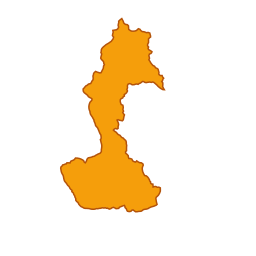 outline of Santa Bárbara, Minas Gerais, Brazil, rotated 303°
{"feature_id": "56859067B69434918593037", "entity_name": "Santa Bárbara", "entity_type": "district", "adm_level": 2, "iso_a3": "BRA", "parent_name": "Brazil", "parent_adm1": "Minas Gerais", "projection": "mercator", "projection_center": [-43.456, -20.054], "detail": "fine", "context": "isolated", "style": "filled", "palette": "amber", "viewbox_px": 256, "rotation_deg": 303, "n_neighbors": 0, "source": "geoboundaries", "source_scale": "gbopen_adm2", "svg_char_len": 5118}
<svg xmlns="http://www.w3.org/2000/svg" viewBox="0 0 256 256"><g transform="rotate(303 128 128)"><path d="M190.6,128.0L189.7,126.7L189.6,125.5L190.0,124.4L191.5,123.7L192.7,122.3L193.7,121.2L193.8,119.9L193.5,118.3L194.3,116.6L194.0,115.0L194.4,113.4L195.0,111.7L196.0,109.8L196.6,108.3L197.9,108.2L198.8,107.5L200.0,106.1L201.7,105.7L202.9,106.6L204.1,106.8L205.1,106.5L205.1,104.8L205.0,102.5L205.9,101.3L207.1,101.2L207.6,99.6L209.1,98.8L210.8,98.7L212.5,97.6L213.8,96.7L215.4,96.9L216.6,97.4L217.6,96.7L218.5,95.6L219.5,94.6L219.1,92.8L218.0,91.6L217.8,90.4L217.4,88.9L216.6,87.4L216.7,85.7L217.3,84.2L216.9,82.6L214.4,82.0L213.2,81.1L212.0,79.6L211.2,78.2L211.0,76.8L211.1,74.9L212.4,73.9L214.0,72.7L214.3,71.1L213.5,69.4L213.7,67.3L214.9,65.9L215.7,64.4L216.4,63.2L214.6,62.5L212.5,62.0L211.2,62.9L209.8,63.3L208.6,63.9L207.5,65.2L205.8,65.4L204.2,64.9L202.8,63.4L201.6,62.1L200.3,63.4L198.7,63.9L197.0,64.6L196.4,66.4L194.3,67.0L192.8,66.8L191.6,66.8L190.3,66.2L189.0,65.7L187.9,65.2L186.8,64.6L185.7,64.1L184.6,63.8L183.4,63.4L182.0,63.0L180.5,62.8L179.1,63.0L177.7,63.8L176.5,64.2L175.8,65.6L174.2,66.2L172.9,66.6L171.7,67.1L171.0,68.4L170.6,70.4L170.1,71.6L168.9,72.6L168.3,73.7L166.8,73.7L165.5,74.3L164.5,74.8L163.2,74.9L161.4,75.1L159.7,75.3L158.8,74.3L158.5,73.1L158.1,71.8L157.8,70.0L156.1,69.5L154.9,69.5L153.8,70.0L152.5,70.3L151.4,71.2L150.1,72.1L149.0,72.4L147.7,72.2L146.5,72.4L145.0,72.5L143.3,70.9L141.6,70.5L140.6,69.8L139.0,69.5L137.6,69.4L136.4,69.1L135.4,69.7L134.4,70.6L133.8,72.0L133.6,74.3L133.4,76.3L132.7,77.7L132.7,79.2L132.9,80.5L132.8,81.9L131.9,82.5L130.6,82.4L129.0,82.1L127.4,82.4L125.9,82.9L124.5,83.6L122.9,84.8L122.0,85.8L121.2,87.0L120.1,87.9L119.0,89.2L118.3,90.8L117.6,92.5L116.9,93.6L116.4,94.8L115.3,95.8L114.4,97.1L113.6,98.3L112.7,99.1L112.1,100.2L111.8,101.6L111.3,102.9L110.6,103.8L109.9,104.9L108.8,106.4L107.9,107.8L107.4,109.0L106.6,109.7L105.5,110.6L104.3,111.3L103.3,111.1L102.4,112.1L101.3,113.2L100.1,114.6L99.1,115.5L98.0,116.2L96.6,116.9L95.2,117.5L93.7,118.5L91.7,118.4L90.7,117.7L89.6,116.9L88.5,116.4L87.6,115.8L86.0,115.2L84.9,114.0L83.7,113.3L82.5,112.1L81.4,111.0L80.3,110.6L78.8,110.8L77.3,111.2L75.5,111.1L75.6,109.8L76.5,108.5L76.5,107.2L76.4,105.9L76.0,104.0L75.2,102.0L74.2,100.3L72.6,100.2L71.4,99.8L70.2,98.9L68.9,98.1L67.1,98.4L66.3,96.9L65.5,95.7L64.4,95.8L63.6,95.0L62.5,94.3L61.4,93.3L60.2,93.4L58.9,93.0L57.7,93.4L56.6,94.4L55.7,95.2L54.8,96.1L53.8,97.6L52.9,99.4L51.9,100.5L50.6,101.7L49.1,103.4L48.5,104.9L48.2,106.1L47.6,107.5L47.1,108.6L46.8,110.5L46.0,111.8L45.4,113.2L45.2,115.0L44.0,115.6L43.8,117.4L42.6,118.9L42.2,120.1L41.2,121.1L40.3,122.7L39.0,123.5L38.4,124.9L38.3,126.6L37.3,128.2L36.8,129.8L36.5,131.5L36.8,133.2L36.8,134.5L37.2,135.7L38.1,137.2L39.2,139.2L39.9,141.3L40.9,143.1L42.0,144.5L43.1,145.3L43.9,146.7L44.9,147.6L45.8,148.8L47.1,149.9L47.8,151.5L48.7,152.3L48.9,153.6L49.6,154.5L49.8,156.5L51.0,157.5L52.5,158.1L53.6,159.1L53.8,160.7L53.8,161.9L54.6,162.9L55.5,164.0L56.9,164.0L58.2,164.9L59.5,165.8L61.1,167.1L60.5,168.2L59.6,168.9L59.4,170.5L58.7,171.3L57.9,172.8L58.5,174.5L59.7,175.8L61.4,176.1L62.1,177.1L61.9,178.6L61.9,180.0L62.7,181.2L63.7,182.2L64.4,183.1L65.3,184.3L66.5,184.9L68.0,185.4L69.1,186.5L70.1,187.7L71.3,188.7L72.4,189.2L73.6,189.9L74.6,190.6L75.6,191.5L76.5,192.3L77.6,193.0L78.6,193.7L79.8,194.0L80.8,192.8L81.9,191.7L83.1,190.6L84.3,189.6L85.4,189.4L86.8,189.8L88.3,190.1L90.5,190.0L92.7,189.5L94.1,188.6L95.4,187.7L95.2,186.1L94.2,184.8L94.1,183.2L93.4,182.2L92.2,181.2L93.5,180.2L94.5,179.4L93.9,178.3L94.0,177.1L95.2,176.2L95.4,175.1L96.2,174.2L97.1,172.6L97.7,170.8L97.8,169.2L97.2,167.9L97.8,166.6L98.5,165.5L99.4,164.1L101.0,162.6L102.3,161.7L103.7,161.3L105.2,161.0L106.0,160.1L106.1,158.2L105.2,156.4L105.1,155.1L105.2,153.2L103.6,153.0L103.1,151.6L103.0,149.8L104.0,148.2L103.7,146.7L102.9,145.3L103.9,144.1L104.9,143.3L105.4,141.6L105.6,139.7L107.0,138.8L108.1,139.2L109.4,138.3L111.3,137.1L112.7,136.4L113.8,135.2L115.3,134.2L116.3,132.9L116.5,131.1L117.0,129.5L116.7,128.3L116.9,126.9L117.5,125.4L117.2,123.3L117.5,122.0L118.0,120.6L118.0,118.5L118.3,116.9L119.7,117.1L120.9,117.9L121.2,119.4L122.3,119.9L123.8,118.9L125.7,118.3L126.9,117.2L127.7,116.0L128.7,114.5L129.6,115.1L129.9,116.7L130.5,118.1L130.9,119.3L132.3,119.6L134.1,118.9L135.5,118.3L137.1,117.9L137.5,116.5L138.2,115.1L139.7,115.1L140.8,113.6L142.4,113.0L143.4,112.2L144.3,111.3L144.0,109.5L145.2,107.9L146.3,106.8L147.7,106.1L148.9,106.3L150.3,107.2L151.6,107.0L152.8,107.6L154.0,106.6L155.5,107.3L156.9,107.6L158.8,107.4L159.7,106.1L161.5,105.7L162.6,104.8L163.6,104.3L164.8,104.2L166.0,105.0L166.5,106.3L166.5,107.9L167.6,109.5L168.8,110.4L169.7,111.4L170.1,112.7L171.3,113.1L172.4,113.9L173.6,114.4L174.9,114.8L175.5,116.0L175.4,117.2L175.9,118.5L177.1,119.7L178.4,121.2L179.0,122.8L180.1,123.7L180.3,125.1L180.1,126.6L179.9,128.0L179.7,129.2L179.3,130.5L179.1,132.2L179.0,133.5L179.0,134.7L179.2,136.4L179.9,137.6L180.7,136.0L181.7,134.4L182.8,133.9L183.8,133.3L184.8,132.6L185.4,131.0L186.5,131.2L187.7,130.7L189.2,130.8L189.6,129.3L190.6,128.0Z" fill="#f59e0b" stroke="#b45309" stroke-width="1.5"/></g></svg>